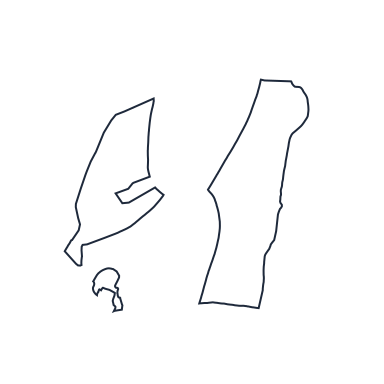 the district of Wald Rabi', Al Bayda', Yemen, rotated 22°
{"feature_id": "15242507B62394973607201", "entity_name": "Wald Rabi'", "entity_type": "district", "adm_level": 2, "iso_a3": "YEM", "parent_name": "Yemen", "parent_adm1": "Al Bayda'", "projection": "equal_earth", "projection_center": [44.921, 14.611], "detail": "fine", "context": "isolated", "style": "outline", "palette": "slate", "viewbox_px": 384, "rotation_deg": 22, "n_neighbors": 0, "source": "geoboundaries", "source_scale": "gbopen_adm2", "svg_char_len": 6022}
<svg xmlns="http://www.w3.org/2000/svg" viewBox="0 0 384 384"><g transform="rotate(22 192 192)"><path d="M240.5,292.6L241.8,291.9L242.7,291.5L244.4,290.6L246.2,289.8L247.9,289.1L249.6,288.1L250.6,287.6L252.4,286.6L253.3,286.3L254.3,286.1L256.0,285.6L257.0,285.3L258.0,285.1L260.9,284.4L262.8,283.7L263.7,283.4L265.9,283.0L267.0,282.8L269.2,282.2L271.2,281.6L272.3,281.3L274.1,281.0L277.2,280.1L278.1,279.9L281.0,278.8L281.8,278.4L282.7,278.1L284.4,277.7L285.3,277.4L286.3,277.3L287.2,277.0L289.0,276.7L291.1,276.3L292.0,276.0L295.5,275.2L297.3,274.7L294.4,256.6L293.8,255.0L292.9,251.9L292.5,250.3L292.2,248.7L291.6,247.0L291.0,245.2L290.3,243.6L289.5,242.1L287.7,237.8L286.5,234.4L286.0,232.6L285.6,231.1L285.1,229.8L284.4,227.4L283.5,224.3L283.4,222.6L283.7,220.9L284.5,217.4L284.9,216.0L284.9,214.3L284.9,212.7L284.7,211.1L285.2,209.1L286.2,205.8L284.7,196.8L280.1,180.6L279.9,177.9L279.9,174.7L280.5,173.2L280.7,171.6L280.1,170.2L279.0,169.5L278.0,168.9L277.1,167.6L276.8,166.2L276.2,164.5L275.7,163.0L275.6,161.3L274.9,159.7L274.2,158.4L273.6,156.8L273.4,155.1L273.3,153.4L272.9,151.8L272.4,150.4L272.0,149.0L271.8,147.4L271.5,145.9L271.0,144.2L270.6,142.8L270.2,141.3L269.8,139.7L269.4,138.2L269.1,136.5L268.6,133.0L268.1,131.2L267.2,127.8L266.9,126.2L266.2,122.7L265.7,120.7L265.0,117.1L264.7,115.6L264.3,113.6L263.4,110.0L263.1,108.2L262.8,106.6L262.7,104.8L262.8,103.2L262.9,101.5L263.4,99.8L264.1,98.5L265.5,95.9L266.9,93.1L267.7,91.5L268.4,90.0L269.0,88.3L269.4,86.8L269.8,85.1L270.1,83.5L270.5,81.7L270.8,80.0L270.9,78.4L270.5,76.7L269.6,73.4L269.1,71.9L268.4,70.4L267.7,68.9L267.0,67.6L265.5,65.0L264.8,63.6L263.9,62.2L263.0,61.1L261.9,60.1L260.8,59.2L259.7,58.5L258.6,57.8L257.5,57.0L256.3,55.9L255.2,55.2L254.0,54.6L252.7,54.4L251.4,54.7L250.2,55.1L249.1,55.5L247.8,55.8L246.4,55.3L245.3,54.7L244.2,54.0L243.3,53.0L242.5,52.3L242.4,52.3L217.5,61.4L213.8,62.0L213.9,63.1L214.4,65.7L214.6,67.1L215.0,69.8L215.4,73.6L215.6,74.9L215.8,76.4L215.8,77.6L216.0,79.0L216.0,80.1L216.0,82.5L216.2,86.2L216.3,89.1L216.5,93.6L216.7,96.4L216.7,99.3L216.7,101.6L216.6,103.1L216.6,104.3L216.6,105.5L216.5,106.7L216.4,107.8L216.4,108.9L216.0,112.8L215.9,114.1L215.7,115.7L215.0,121.9L214.9,123.0L214.5,127.2L214.3,128.6L213.9,131.1L213.4,135.2L212.6,140.3L212.4,141.5L211.9,144.1L211.7,145.2L211.4,147.8L210.9,150.4L210.5,153.4L209.8,158.5L209.6,159.9L209.4,161.8L209.0,164.1L208.9,165.4L208.6,166.5L208.5,167.6L206.7,179.4L206.6,179.9L206.3,181.8L206.1,182.8L205.9,183.8L206.5,184.3L208.3,185.3L209.2,185.7L211.1,186.6L211.9,187.1L212.7,187.6L214.2,188.7L215.6,190.0L217.0,191.7L217.8,192.5L218.6,193.5L219.3,194.3L219.7,195.0L220.4,195.9L221.0,196.6L222.0,197.9L223.4,199.8L224.9,202.0L225.9,203.8L228.9,209.1L230.6,213.1L231.0,214.2L231.4,215.3L232.1,217.7L232.4,218.8L232.7,220.1L233.0,221.3L233.3,222.5L233.6,223.6L233.9,224.9L234.3,227.5L234.9,230.9L235.5,234.8L235.6,235.9L236.0,239.7L236.2,241.1L236.2,242.4L236.4,246.0L236.5,247.2L236.6,249.8L236.6,250.9L236.8,253.8L236.9,256.1L237.0,257.3L237.0,259.0L237.3,261.4L237.4,263.8L237.7,266.8L237.9,268.0L238.4,272.4L238.5,273.6L238.6,274.9L238.9,277.1L239.5,281.8L239.6,283.0L239.7,284.2L239.8,285.3L240.0,286.5L240.1,287.8L240.3,290.4L240.4,291.6L240.5,292.6ZM121.4,119.7L99.1,142.7L92.4,149.0L90.3,155.9L88.0,170.0L87.9,190.3L87.8,192.0L87.7,192.1L86.7,201.7L86.7,212.3L86.8,216.1L87.6,230.5L88.8,246.5L89.9,249.5L96.2,258.8L100.3,264.0L101.3,270.0L98.8,281.5L98.2,281.9L98.0,282.7L97.8,284.9L97.6,286.0L97.4,287.0L97.2,287.6L97.1,288.4L97.0,289.5L96.8,290.5L96.2,294.6L111.3,302.0L113.9,302.8L114.5,302.5L115.8,302.2L116.9,301.1L116.6,300.5L116.0,299.3L115.1,296.8L114.5,294.6L114.2,293.5L114.2,293.1L111.4,287.4L110.2,284.0L110.4,282.0L114.3,279.9L128.0,267.4L136.7,259.3L137.6,258.4L138.3,257.8L138.9,257.1L140.3,255.5L142.0,253.8L142.8,252.9L143.6,252.1L144.5,251.1L145.4,250.1L146.2,249.1L146.9,248.2L147.6,247.4L148.2,246.5L148.7,245.6L149.9,243.5L150.5,242.6L151.6,240.4L152.8,238.2L153.8,236.2L155.5,233.0L156.1,232.0L156.7,231.0L158.2,228.1L158.8,227.1L159.9,225.0L161.5,221.7L162.0,220.6L162.5,219.4L162.9,218.2L163.3,217.0L164.1,214.7L164.8,212.6L165.2,211.4L165.5,210.3L165.8,209.2L166.5,206.7L166.7,205.3L164.7,204.8L162.2,204.0L160.3,203.3L159.2,202.9L158.2,202.6L156.1,201.6L137.4,225.5L131.6,228.5L121.7,221.9L131.7,212.9L133.7,206.2L134.5,205.2L147.1,193.6L145.9,192.0L145.2,191.0L144.4,190.0L143.1,188.1L142.5,187.1L142.0,186.2L141.6,185.2L140.5,182.1L139.2,178.6L138.3,176.7L137.3,174.5L135.5,170.2L135.2,169.2L134.4,167.1L132.9,162.6L130.9,157.1L130.6,156.1L129.5,152.7L129.2,151.5L128.8,150.4L126.8,143.5L125.6,138.9L125.0,136.4L124.7,135.0L124.5,133.9L124.3,132.7L124.1,131.5L123.9,130.4L123.6,127.9L123.4,126.7L123.0,124.4L122.7,123.3L122.5,122.1L122.0,121.0L121.4,119.7ZM171.0,327.4L169.9,323.1L169.3,322.6L165.4,317.7L165.1,317.1L164.6,316.9L163.9,317.2L163.2,317.1L162.8,316.8L162.4,316.3L162.0,315.9L161.6,315.2L161.1,314.2L160.7,313.9L160.0,311.5L159.9,309.6L159.2,308.9L158.3,308.9L157.8,309.2L157.2,309.2L156.2,308.6L155.8,307.9L155.8,306.6L156.2,302.3L156.4,298.6L155.8,296.9L151.9,293.9L147.7,293.0L146.5,293.3L145.9,293.3L145.0,293.5L144.2,293.7L143.3,294.0L142.5,294.4L141.7,294.9L141.0,295.5L140.3,296.1L138.8,297.6L138.2,298.3L136.9,300.1L136.3,301.3L135.7,302.3L135.0,304.5L134.8,305.7L134.4,308.3L133.9,311.9L134.3,312.0L135.0,312.6L135.6,313.4L136.0,314.5L136.1,315.7L136.0,316.9L136.1,318.1L136.6,319.1L137.2,320.0L137.9,320.8L138.6,321.4L139.4,321.9L141.0,322.8L142.5,323.2L142.4,322.9L142.3,322.3L142.3,322.0L142.3,321.7L142.3,320.9L142.4,319.9L142.6,319.8L142.6,319.6L142.5,318.8L142.5,318.7L142.4,318.1L142.4,317.7L142.5,317.3L142.6,317.0L143.3,317.0L144.5,317.2L144.6,316.1L145.0,314.7L145.1,314.3L145.2,314.2L145.6,314.1L147.0,314.2L148.7,314.1L151.9,313.7L152.4,313.7L158.0,314.4L158.3,314.5L158.7,316.1L158.9,317.2L159.0,320.6L159.3,322.7L161.0,325.1L161.6,326.1L163.5,326.8L164.1,327.2L164.4,328.4L164.4,328.9L164.2,331.7L164.7,331.2L167.8,329.3L171.0,327.4Z" fill="none" stroke="#1e293b" stroke-width="2"/></g></svg>